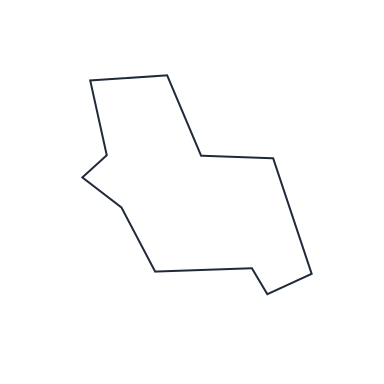 Kattakurgan city, Samarkand, Uzbekistan, rotated 31°
{"feature_id": "79887680B69055285128401", "entity_name": "Kattakurgan city", "entity_type": "district", "adm_level": 2, "iso_a3": "UZB", "parent_name": "Uzbekistan", "parent_adm1": "Samarkand", "projection": "orthographic", "projection_center": [66.273, 39.857], "detail": "fine", "context": "isolated", "style": "outline", "palette": "slate", "viewbox_px": 384, "rotation_deg": 31, "n_neighbors": 0, "source": "geoboundaries", "source_scale": "gbopen_adm2", "svg_char_len": 307}
<svg xmlns="http://www.w3.org/2000/svg" viewBox="0 0 384 384"><g transform="rotate(31 192 192)"><path d="M110.6,104.8L47.3,148.8L100.0,204.4L90.5,236.0L139.5,241.6L201.4,279.2L282.6,226.5L309.2,240.8L336.7,200.5L244.2,121.3L181.1,156.2L110.6,104.8Z" fill="none" stroke="#1e293b" stroke-width="2"/></g></svg>